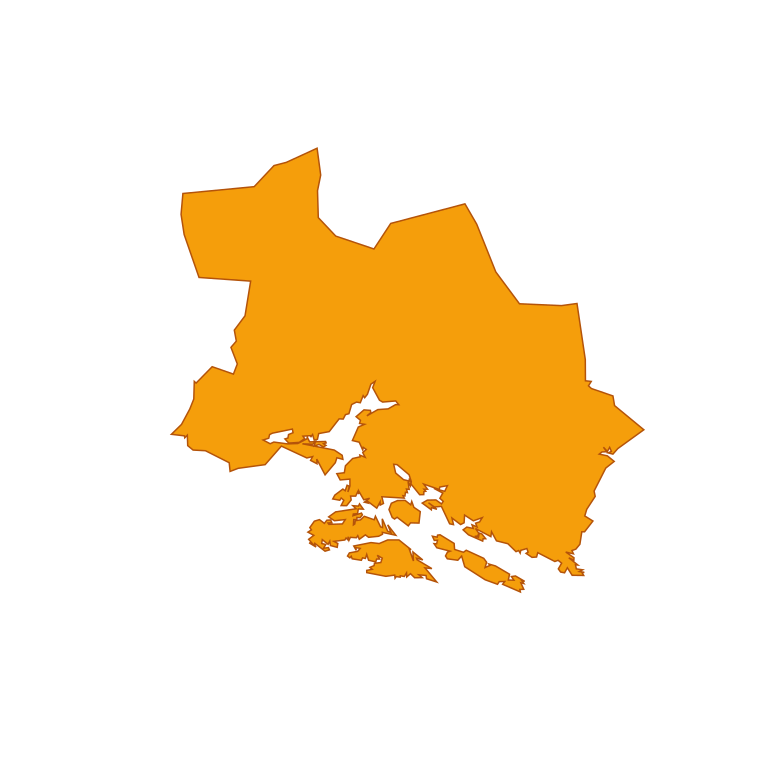 Tvedestrand nor, Aust-Agder, Norway, rotated 57°
{"feature_id": "86288312B79556045752597", "entity_name": "Tvedestrand nor", "entity_type": "district", "adm_level": 2, "iso_a3": "NOR", "parent_name": "Norway", "parent_adm1": "Aust-Agder", "projection": "mercator", "projection_center": [9.012, 58.625], "detail": "fine", "context": "isolated", "style": "filled", "palette": "amber", "viewbox_px": 768, "rotation_deg": 57, "n_neighbors": 0, "source": "geoboundaries", "source_scale": "gbopen_adm2", "svg_char_len": 6174}
<svg xmlns="http://www.w3.org/2000/svg" viewBox="0 0 768 768"><g transform="rotate(57 384 384)"><path d="M567.5,230.2L565.5,223.0L563.9,191.0L527.7,202.4L518.7,198.5L500.8,212.5L496.9,213.5L494.7,208.8L491.0,213.3L473.2,201.9L421.6,178.3L414.9,192.5L390.5,226.7L350.9,229.2L300.5,219.2L277.0,218.0L253.0,290.9L265.3,318.9L233.7,343.9L208.7,348.5L185.7,334.5L174.3,323.3L149.8,311.7L144.9,345.3L140.9,357.3L147.8,385.4L114.7,448.9L131.2,461.8L149.8,470.2L193.9,481.1L225.1,439.8L251.1,463.4L257.3,480.2L267.6,484.5L269.9,492.4L287.3,496.1L293.7,504.9L275.9,518.7L280.9,541.1L278.5,541.7L293.0,551.7L299.2,560.5L307.6,575.8L310.4,589.7L318.8,579.6L320.6,580.4L319.8,576.8L328.8,582.2L335.4,580.1L342.7,570.1L365.7,556.7L373.5,560.7L375.3,552.2L386.9,527.6L380.2,503.9L404.0,489.0L406.0,483.4L408.1,487.2L414.4,483.6L410.3,481.3L428.1,482.9L423.5,467.7L420.2,463.7L424.8,459.5L421.0,457.9L412.3,461.7L389.7,485.0L395.7,476.5L395.2,473.1L398.0,476.4L399.3,471.4L403.7,469.1L403.9,466.1L401.1,467.3L401.9,464.6L400.4,464.3L392.0,477.9L386.8,477.3L388.0,478.4L387.0,488.7L381.7,497.5L372.7,508.0L372.1,512.0L365.1,515.9L366.7,510.2L364.1,507.5L364.5,504.3L371.9,485.4L375.3,486.8L374.4,491.6L377.0,494.0L376.1,497.0L381.6,496.1L386.8,486.9L386.6,480.3L383.6,480.4L387.8,472.9L388.7,474.6L387.5,471.4L393.1,473.1L394.1,469.9L390.0,465.8L394.1,455.9L388.8,440.6L391.2,437.3L388.7,433.0L389.8,429.6L383.6,422.3L384.2,416.9L386.8,414.1L382.4,407.8L385.0,407.7L383.6,403.5L377.0,395.1L376.9,390.0L380.9,395.5L395.1,396.6L398.4,395.0L404.6,383.4L409.4,382.9L407.6,385.5L407.1,394.1L402.1,403.1L401.4,415.7L400.8,410.6L398.7,409.8L394.8,414.9L396.2,425.2L401.6,423.5L403.8,426.0L407.2,422.3L406.1,429.0L414.2,441.3L419.3,436.5L427.8,437.8L425.8,435.9L429.2,434.5L430.0,439.2L435.2,439.7L430.5,443.0L432.1,443.6L429.4,450.9L431.6,460.9L436.8,465.6L433.5,472.4L440.6,473.0L445.2,464.4L451.0,468.1L454.9,473.1L450.8,468.8L448.8,470.1L452.4,474.7L449.7,475.7L450.4,485.8L452.5,489.6L457.4,484.4L456.3,482.0L459.6,481.0L462.6,486.2L465.7,481.6L463.4,474.7L459.8,473.1L462.6,468.8L460.1,464.8L462.5,465.2L459.9,463.5L470.1,464.0L472.0,458.3L472.4,464.8L474.8,462.6L472.7,463.0L473.4,461.6L484.2,457.7L480.7,451.4L483.5,453.1L483.9,449.5L477.4,447.2L490.7,429.2L488.0,428.9L489.3,427.4L486.5,425.0L487.9,423.5L484.3,422.4L486.1,420.3L479.0,417.0L483.8,417.3L480.4,414.4L477.0,414.4L479.3,415.5L474.9,419.7L465.0,422.7L456.6,419.6L458.8,416.9L473.8,412.4L480.8,414.3L482.5,415.8L496.3,414.4L498.4,410.9L496.0,409.2L496.7,407.4L494.0,407.8L495.9,404.8L489.6,405.2L502.5,395.1L500.8,393.3L503.8,386.2L507.1,391.5L498.7,399.0L507.5,394.1L510.3,399.4L514.7,398.2L515.9,401.1L509.5,403.6L505.0,410.9L504.7,416.8L515.3,412.8L513.5,411.5L517.9,407.9L507.8,411.4L514.6,408.7L517.9,402.5L537.0,405.1L539.8,402.3L533.4,400.0L543.6,396.3L544.0,392.4L537.8,387.8L547.4,383.6L549.6,374.4L551.7,378.9L550.6,383.0L554.6,383.8L550.0,386.9L553.8,387.8L549.1,392.5L549.4,397.1L556.5,395.3L569.5,386.8L567.8,385.2L569.1,383.0L563.1,383.6L560.9,385.3L564.0,388.2L561.2,390.9L562.5,388.1L560.8,385.8L555.0,386.0L570.2,377.5L566.5,374.3L576.8,375.1L585.4,367.1L596.5,364.6L597.0,361.8L600.0,361.9L598.0,359.9L599.8,353.8L603.5,354.7L603.4,357.1L610.0,354.3L612.2,350.3L609.2,346.9L625.9,337.4L626.7,334.0L631.0,332.6L634.0,338.5L637.9,338.3L640.7,335.4L638.0,330.3L646.9,330.4L653.3,320.8L650.3,320.7L651.0,318.6L647.7,322.3L648.0,318.6L643.8,323.4L639.9,321.9L641.4,320.0L630.4,323.7L635.1,320.7L633.2,319.3L623.9,323.1L629.6,317.6L626.0,317.1L627.0,313.1L625.1,307.0L615.7,298.6L617.2,296.3L612.7,283.4L604.0,287.5L599.5,282.2L593.3,268.1L588.2,266.1L575.3,243.8L574.3,233.1L565.9,235.8L560.0,241.7L559.7,238.2L562.1,234.1L556.5,234.4L562.2,233.4L560.1,229.3L564.4,230.0L563.8,233.6L567.5,230.2ZM564.9,444.4L549.4,452.0L547.7,451.6L552.7,447.3L540.6,451.2L548.5,455.7L536.4,452.8L537.7,451.5L522.9,456.4L516.8,465.8L515.2,474.9L509.9,481.3L503.4,497.6L508.3,497.9L505.9,496.7L508.9,493.5L510.0,497.2L506.8,505.0L508.4,508.3L511.2,507.3L510.6,505.3L513.3,505.9L519.5,499.0L518.1,496.7L520.2,494.6L517.5,491.3L523.4,492.9L528.7,487.8L526.8,485.6L528.4,483.0L524.0,482.9L529.1,480.3L532.0,483.9L529.2,489.7L530.9,491.2L530.1,495.7L533.0,494.8L530.9,500.0L532.8,501.2L546.3,487.2L550.1,479.1L552.9,480.5L552.2,478.6L554.8,475.6L553.7,474.8L556.5,471.8L554.7,468.0L558.2,470.0L557.5,465.1L563.2,463.8L567.2,457.4L563.0,458.7L567.5,453.0L570.5,454.4L578.8,447.6L560.5,449.8L564.9,444.4ZM517.3,456.5L504.1,457.6L512.4,459.1L509.4,461.1L496.1,458.9L503.6,463.4L502.0,464.7L490.2,463.2L492.5,466.2L484.2,472.6L485.2,477.7L483.0,482.5L485.5,484.8L485.5,486.4L481.2,483.2L482.9,480.6L481.2,479.4L483.1,476.9L482.0,473.4L480.0,473.2L477.6,481.8L476.3,480.5L478.3,476.8L474.8,473.6L477.7,469.5L471.2,469.8L472.5,471.9L469.1,476.4L473.4,475.4L464.9,494.2L465.3,502.8L471.7,500.0L476.6,490.3L478.7,495.1L471.7,506.7L470.0,506.7L471.9,503.3L469.0,502.8L467.1,506.1L468.4,509.9L462.6,512.0L461.1,517.1L464.0,524.4L466.8,524.3L466.8,528.5L472.7,525.3L473.2,531.8L478.8,531.0L476.4,533.3L483.7,529.8L480.7,529.8L479.9,528.8L492.1,524.5L493.4,520.1L490.9,519.7L488.8,524.2L486.9,520.3L483.8,523.1L480.9,520.5L488.0,518.2L486.3,515.1L490.3,516.9L495.5,512.2L492.6,509.6L488.7,511.7L493.5,501.8L492.5,499.7L494.7,499.2L492.6,497.2L496.0,498.5L494.3,495.7L497.9,490.9L496.9,488.6L500.8,489.3L500.4,481.8L504.2,480.4L508.8,471.4L509.2,467.1L507.5,466.2L517.3,456.5ZM626.1,373.5L616.6,378.3L614.9,382.0L619.3,381.9L616.1,386.5L611.9,382.3L597.3,389.6L592.1,394.1L593.8,394.0L593.0,399.2L589.3,395.0L584.5,395.3L568.2,405.6L568.4,409.0L561.2,414.9L555.9,412.0L541.0,419.1L539.9,421.4L541.4,422.8L538.0,426.3L542.6,427.0L544.2,424.2L546.7,426.9L545.1,429.0L550.1,428.9L560.2,419.6L559.6,422.4L561.7,426.1L565.1,426.1L572.0,418.1L570.6,412.6L581.2,415.8L603.3,405.8L613.8,397.9L612.5,395.0L615.4,390.3L616.6,393.6L632.7,382.9L630.3,382.0L632.3,378.6L625.2,377.5L627.5,375.4L624.2,375.6L626.1,373.5ZM510.8,423.1L503.7,426.1L497.6,424.7L499.9,427.4L493.1,429.7L489.1,436.2L488.0,442.8L492.0,448.2L500.4,449.8L503.0,448.7L502.9,445.6L516.2,440.9L514.9,437.4L519.7,430.4L510.8,423.1Z" fill="#f59e0b" stroke="#b45309" stroke-width="1.5"/></g></svg>